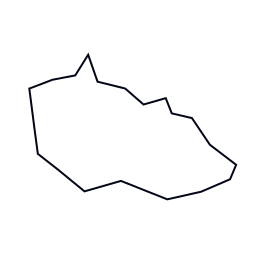 the border of Victoria, rotated 164°
{"feature_id": "MLT-5982", "entity_name": "Victoria", "entity_type": "state/province", "adm_level": 1, "iso_a3": "MLT", "parent_name": "Malta", "parent_adm1": "", "projection": "orthographic", "projection_center": [14.242, 36.04], "detail": "fine", "context": "isolated", "style": "outline", "palette": "ink", "viewbox_px": 256, "rotation_deg": 164, "n_neighbors": 0, "source": "natural_earth", "source_scale": "10m", "svg_char_len": 403}
<svg xmlns="http://www.w3.org/2000/svg" viewBox="0 0 256 256"><g transform="rotate(164 128 128)"><path d="M83.5,146.3L81.9,130.0L63.8,119.9L53.9,89.3L34.2,62.8L44.0,50.6L75.3,46.6L109.9,48.6L149.4,79.1L187.3,79.1L207.0,107.6L221.8,128.0L218.5,150.4L212.0,193.1L187.3,195.2L164.2,193.1L146.1,209.4L144.5,180.9L119.8,166.7L106.6,146.3L83.5,146.3Z" fill="none" stroke="#020617" stroke-width="2"/></g></svg>